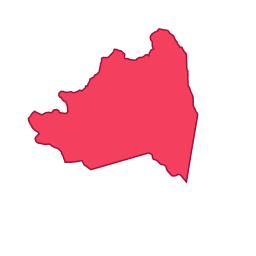 outline of Mata Roma, Maranhão, Brazil, rotated 331°
{"feature_id": "56859067B26606405776491", "entity_name": "Mata Roma", "entity_type": "district", "adm_level": 2, "iso_a3": "BRA", "parent_name": "Brazil", "parent_adm1": "Maranhão", "projection": "albers", "projection_center": [-43.235, -3.651], "detail": "fine", "context": "isolated", "style": "filled", "palette": "rose", "viewbox_px": 256, "rotation_deg": 331, "n_neighbors": 0, "source": "geoboundaries", "source_scale": "gbopen_adm2", "svg_char_len": 2414}
<svg xmlns="http://www.w3.org/2000/svg" viewBox="0 0 256 256"><g transform="rotate(331 128 128)"><path d="M87.4,63.5L84.7,64.0L83.3,65.9L83.2,67.6L84.5,69.6L84.3,71.6L85.0,73.5L86.3,75.3L85.9,77.7L85.3,80.2L84.1,82.6L83.3,84.6L81.0,85.3L77.9,83.2L75.6,81.4L75.7,79.2L74.5,77.2L71.6,76.3L70.2,77.1L68.2,77.4L66.3,75.9L63.6,74.8L61.2,74.8L58.8,74.6L57.8,73.1L55.9,70.5L54.3,68.1L52.0,68.5L50.0,69.4L47.8,70.6L45.5,71.3L44.8,73.3L44.5,75.8L44.6,78.3L44.5,81.4L45.4,84.7L47.4,88.2L47.4,90.0L43.5,91.0L41.8,92.0L41.1,94.1L41.2,96.0L42.3,97.8L44.6,99.5L46.3,101.2L48.1,102.5L50.5,103.3L52.0,104.7L52.6,106.7L53.7,107.9L54.3,109.5L55.7,110.5L57.0,112.6L57.8,114.9L58.2,116.7L57.5,118.1L57.8,120.2L57.1,123.5L56.9,125.5L56.4,127.5L62.1,130.5L66.9,132.5L71.9,134.1L71.9,136.6L71.8,138.7L75.3,146.4L98.8,151.8L102.5,152.6L134.0,159.8L135.3,161.6L136.2,163.6L135.1,165.4L135.0,167.6L136.6,169.2L137.6,170.7L138.2,172.6L138.7,174.9L139.7,176.3L141.0,177.1L142.1,178.4L142.4,180.4L141.7,183.3L141.9,185.6L142.7,188.9L143.2,191.0L145.1,192.4L147.2,192.9L149.3,192.9L151.2,194.4L151.7,197.6L152.9,203.5L173.1,178.0L195.4,150.2L195.7,148.1L195.4,146.5L195.7,144.2L195.8,141.5L196.2,139.2L197.8,136.6L198.8,134.6L199.7,132.9L200.2,130.8L200.4,129.2L200.4,127.2L200.9,124.5L201.4,122.1L201.1,120.2L201.9,118.4L203.1,116.3L203.9,114.5L204.8,112.8L206.2,110.7L206.8,109.1L208.0,107.2L208.0,105.4L208.7,103.6L209.9,101.4L211.1,99.1L212.5,96.3L213.9,93.6L214.9,91.0L214.2,88.7L214.2,86.0L214.2,83.4L212.6,82.7L212.6,80.9L212.2,78.7L212.6,76.9L212.1,74.5L212.3,71.7L212.4,69.2L211.3,67.1L210.4,65.1L210.3,62.6L208.9,60.9L206.5,59.3L204.8,57.7L202.8,56.3L200.4,57.6L197.8,57.1L194.7,57.4L192.3,58.5L191.3,59.8L190.6,61.6L191.0,64.4L189.9,66.3L188.9,68.2L188.8,71.0L185.8,71.1L183.3,72.6L181.1,74.9L180.4,73.1L178.5,72.6L176.4,73.1L174.5,73.1L172.5,71.9L169.7,71.7L168.1,72.5L166.5,71.7L164.4,70.4L162.8,69.1L161.2,66.9L159.0,66.0L159.2,64.2L161.0,61.7L159.9,58.9L159.2,57.0L157.5,55.7L156.6,54.3L154.3,52.5L152.5,54.0L151.0,55.0L149.3,55.2L147.3,56.0L144.6,56.6L142.6,55.6L140.6,54.3L138.7,54.3L137.1,57.0L135.6,58.1L133.5,60.8L131.5,63.0L129.9,65.0L126.6,65.9L124.3,65.6L123.1,66.9L121.2,66.8L118.5,66.8L116.6,68.8L114.5,70.0L113.1,71.6L111.3,70.7L110.2,72.2L108.1,72.6L105.9,73.2L104.2,71.5L101.8,71.6L99.6,71.3L97.5,70.8L95.6,68.4L93.1,67.9L90.9,66.6L89.0,64.7L87.4,63.5Z" fill="#f43f5e" stroke="#9f1239" stroke-width="1.5"/></g></svg>